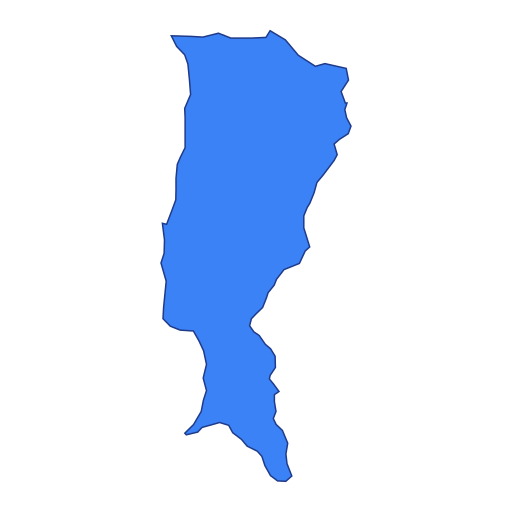 Limnatis, Limassol, Cyprus (Robinson projection)
{"feature_id": "46923920B10034755231280", "entity_name": "Limnatis", "entity_type": "district", "adm_level": 2, "iso_a3": "CYP", "parent_name": "Cyprus", "parent_adm1": "Limassol", "projection": "robinson", "projection_center": [32.947, 34.792], "detail": "fine", "context": "isolated", "style": "filled", "palette": "blue", "viewbox_px": 512, "rotation_deg": 0, "n_neighbors": 0, "source": "geoboundaries", "source_scale": "gbopen_adm2", "svg_char_len": 1526}
<svg xmlns="http://www.w3.org/2000/svg" viewBox="0 0 512 512"><path d="M171.3,35.8L176.7,46.5L184.7,54.8L187.9,64.0L189.4,79.3L190.6,94.5L184.7,108.4L185.1,117.6L185.1,134.2L185.1,147.7L180.4,157.2L177.3,164.3L176.0,178.4L176.0,190.0L175.8,199.8L172.1,209.9L166.6,224.3L162.4,223.3L164.5,240.0L164.1,253.4L161.0,263.0L166.2,281.2L163.6,307.5L163.0,318.7L170.3,326.2L180.1,330.1L193.4,331.0L199.0,340.9L203.6,350.8L206.5,364.4L203.2,378.1L206.5,390.6L203.4,400.3L201.2,411.5L193.6,424.5L184.8,433.2L186.3,434.8L197.7,432.1L202.1,427.4L211.2,424.9L219.6,422.5L228.7,425.3L232.7,432.7L241.5,439.4L247.2,446.2L257.3,451.2L261.9,456.4L264.9,465.6L270.5,475.6L277.3,480.7L277.6,480.9L285.8,481.3L291.8,476.0L287.0,463.7L285.9,454.0L287.7,443.2L282.4,430.4L276.1,424.4L273.3,418.6L275.6,412.4L276.0,411.5L274.4,401.7L274.4,394.6L279.0,391.5L273.8,384.4L269.4,379.0L270.1,375.4L275.4,367.5L275.1,356.2L270.6,348.8L265.3,344.3L259.2,335.5L253.9,331.9L249.6,325.8L251.4,318.7L255.9,314.0L262.6,307.5L266.4,298.0L268.1,292.7L274.2,285.1L276.5,279.3L284.0,269.6L299.4,263.4L305.2,251.0L309.7,246.9L303.8,227.9L303.8,215.8L307.2,207.5L309.9,203.1L314.1,192.7L316.9,182.5L323.3,174.8L334.1,160.5L337.2,154.7L334.1,144.0L339.5,139.3L348.2,133.7L351.0,126.1L346.6,117.8L344.8,109.6L347.0,103.0L345.3,103.0L341.1,91.5L348.5,80.1L346.2,68.4L324.9,63.6L315.4,66.3L298.3,55.3L285.4,39.9L270.1,30.7L266.0,37.4L251.1,38.1L230.9,38.1L218.4,33.2L202.8,37.1L191.1,36.4L178.4,36.0L171.3,35.8Z" fill="#3b82f6" stroke="#1e3a8a" stroke-width="1.5"/></svg>